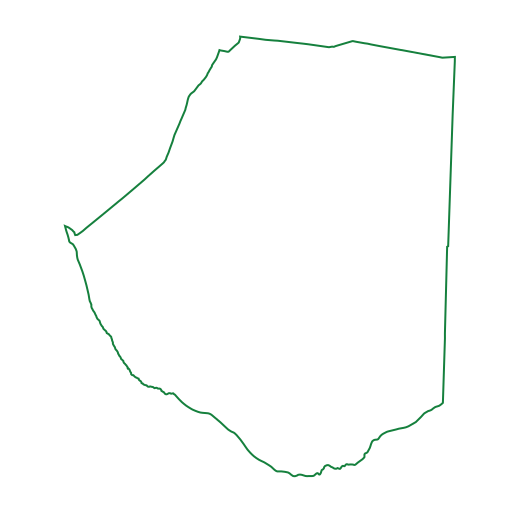 Wajir South, North-Eastern, Kenya (Robinson projection), rotated 2°
{"feature_id": "3690345B47933297170219", "entity_name": "Wajir South", "entity_type": "district", "adm_level": 2, "iso_a3": "KEN", "parent_name": "Kenya", "parent_adm1": "North-Eastern", "projection": "robinson", "projection_center": [40.096, 0.963], "detail": "fine", "context": "isolated", "style": "outline", "palette": "green", "viewbox_px": 512, "rotation_deg": 2, "n_neighbors": 0, "source": "geoboundaries", "source_scale": "gbopen_adm2", "svg_char_len": 6031}
<svg xmlns="http://www.w3.org/2000/svg" viewBox="0 0 512 512"><g transform="rotate(2 256 256)"><path d="M447.9,396.2L447.7,331.8L447.5,326.8L446.7,240.1L447.7,239.5L447.6,108.0L447.9,54.7L447.8,50.1L435.4,51.3L434.6,51.2L432.3,50.8L394.3,45.1L393.9,45.1L372.2,41.9L363.8,40.6L360.1,39.9L357.1,39.6L348.6,38.4L345.7,37.9L344.8,37.9L331.0,42.5L328.1,43.5L326.6,44.2L325.5,44.2L324.8,44.1L322.5,44.6L321.7,44.8L301.1,42.6L296.5,42.2L288.7,41.6L270.3,40.1L266.4,40.0L258.0,39.6L251.3,38.9L232.5,37.3L232.6,37.9L232.6,38.9L232.4,39.9L231.4,43.0L231.1,43.5L227.6,46.6L223.2,51.0L221.8,52.5L221.3,52.8L220.3,52.9L217.2,52.3L213.4,51.8L212.3,51.5L212.0,52.7L210.1,58.7L209.4,60.4L209.0,61.2L208.4,62.1L205.7,66.3L205.4,66.9L205.3,67.5L205.2,68.3L204.5,69.4L203.1,71.9L202.2,73.8L201.8,74.5L201.4,75.0L201.0,76.3L200.7,77.1L199.7,78.9L197.8,81.5L197.0,82.4L196.1,83.3L195.1,85.1L194.4,86.0L193.3,86.9L192.6,87.5L188.5,93.4L188.1,93.8L185.7,95.7L185.0,96.4L184.5,97.1L183.3,99.0L182.9,100.2L182.4,102.1L181.8,105.4L181.4,107.4L180.6,110.4L180.4,111.5L180.2,112.5L176.9,121.0L175.8,123.7L174.8,126.6L170.7,136.9L170.3,137.9L169.6,140.5L168.6,144.5L166.4,151.1L165.0,155.7L163.3,160.0L162.7,162.2L162.5,162.8L162.1,163.5L161.4,164.4L160.7,165.6L159.3,167.0L151.4,174.3L145.4,180.0L142.0,183.4L129.9,194.5L120.1,203.4L117.3,205.8L100.7,220.5L85.5,233.8L82.1,237.0L79.3,239.2L77.8,240.3L77.0,240.9L76.4,241.2L75.0,241.3L74.6,241.4L74.3,240.7L73.9,239.8L73.6,238.6L72.6,237.8L71.4,236.5L68.1,234.3L66.7,233.6L65.3,233.2L64.1,232.7L65.3,236.8L66.0,238.8L67.0,241.4L67.9,244.2L68.6,246.8L68.7,247.5L69.1,248.3L69.5,248.8L70.2,249.3L72.4,250.5L72.9,251.0L73.8,252.3L75.6,255.2L76.3,256.9L76.5,257.4L76.7,258.2L77.0,261.5L77.3,263.2L77.5,264.2L78.0,265.9L80.2,270.6L83.0,277.4L84.6,281.8L86.2,286.8L87.6,291.3L88.8,295.7L90.1,300.6L91.0,305.1L91.5,307.0L92.5,308.8L92.7,309.5L93.1,310.1L93.2,311.7L93.2,312.3L93.5,313.3L93.9,314.2L94.4,314.8L95.1,316.2L96.3,317.7L96.7,318.3L97.6,320.2L98.4,321.5L98.8,322.7L99.7,324.3L100.6,325.1L101.7,326.0L102.0,326.5L102.2,327.1L102.5,328.0L102.7,328.6L102.9,329.1L103.4,329.9L104.4,331.4L105.2,332.1L105.6,332.9L105.9,333.7L106.2,334.2L107.6,335.4L108.6,336.2L109.2,337.1L109.3,337.7L109.6,338.3L110.2,338.5L110.7,338.9L111.4,339.1L111.8,339.5L112.2,340.0L112.6,340.5L113.8,341.5L114.1,341.9L114.4,343.2L114.7,343.8L115.0,344.5L115.1,345.3L116.0,347.4L116.0,348.3L116.2,349.1L117.1,350.6L118.2,352.2L118.6,353.6L119.0,354.2L119.4,354.7L119.9,355.1L120.9,356.4L121.2,357.0L121.5,357.7L121.6,358.4L121.8,358.7L122.2,359.1L122.4,359.6L122.7,360.2L123.1,360.8L123.6,361.1L123.8,361.4L124.5,362.7L124.7,363.4L125.0,363.8L125.6,364.2L126.3,364.8L127.1,365.6L127.2,366.4L127.4,366.7L128.0,367.7L128.4,368.0L129.0,368.5L129.7,369.4L130.2,369.7L130.9,370.8L131.6,371.7L131.6,372.5L132.0,373.1L132.5,372.9L133.4,373.8L133.9,374.9L134.3,375.8L134.7,376.5L135.2,377.1L135.4,378.5L135.7,378.8L136.1,379.1L136.5,379.4L137.6,379.4L138.4,380.2L139.0,380.8L140.3,381.6L141.1,381.8L141.7,382.3L142.3,382.5L142.9,382.6L143.2,383.2L143.4,383.9L144.3,384.7L144.8,384.8L145.1,385.1L145.6,385.7L145.9,386.3L146.1,387.1L147.0,387.3L147.4,387.5L147.7,388.0L148.3,388.4L149.0,388.6L149.7,388.9L150.7,389.0L151.3,389.2L151.8,389.8L152.5,390.3L153.1,390.4L154.0,390.4L154.5,390.1L155.0,390.1L156.4,390.4L157.4,390.5L158.0,390.8L159.1,391.6L160.8,391.2L161.3,391.2L161.8,391.4L162.3,391.8L163.0,391.9L164.4,391.9L165.1,392.2L165.6,392.7L166.0,393.3L166.1,393.9L166.2,394.1L166.5,394.3L167.0,394.4L167.5,394.9L168.2,395.1L168.7,395.4L169.1,395.9L169.4,396.4L169.9,396.9L170.8,397.3L171.6,397.3L172.3,397.0L173.1,396.5L173.6,396.2L174.4,396.1L174.9,396.1L175.4,396.4L175.9,396.5L176.6,396.5L177.5,396.2L178.2,396.2L178.8,396.9L179.6,397.3L180.1,397.7L181.2,398.9L184.1,401.9L187.1,404.7L189.0,406.2L191.3,407.9L193.4,409.2L196.0,410.7L197.9,411.7L200.7,412.8L203.3,413.7L205.2,414.2L206.1,414.4L208.3,414.6L212.6,414.8L213.8,414.9L215.2,415.3L216.3,415.8L217.4,416.5L219.8,418.4L226.3,423.5L227.1,424.2L230.4,427.1L234.1,430.3L235.2,431.0L237.4,432.3L240.0,433.3L241.0,434.0L241.9,434.8L242.9,435.7L244.8,437.8L246.8,440.0L250.4,444.6L251.7,446.4L252.6,447.6L254.2,449.7L255.0,450.6L257.1,452.8L258.9,454.5L260.9,456.2L263.5,458.0L266.2,459.6L268.8,460.8L269.8,461.2L271.6,462.0L276.2,464.6L278.6,466.1L281.8,468.9L283.2,469.9L284.1,470.3L284.7,470.5L289.0,470.4L291.4,470.6L292.5,470.7L295.5,471.2L296.7,471.8L297.5,472.3L298.3,473.0L300.2,474.3L300.8,474.6L301.6,474.7L302.4,474.7L303.1,474.6L304.8,473.9L305.8,473.2L307.6,472.9L309.4,473.1L313.0,474.1L314.1,474.2L315.4,474.2L316.2,474.1L319.7,474.0L320.5,473.8L321.2,473.7L321.8,473.3L323.8,471.4L324.3,471.1L324.9,470.9L325.6,471.1L326.4,472.0L326.9,472.2L327.3,472.1L327.6,471.9L328.0,471.2L328.4,470.4L329.1,467.8L329.5,467.4L330.5,466.8L330.9,466.3L331.3,465.6L331.4,464.9L331.7,464.3L332.0,463.9L332.2,463.6L333.1,463.1L334.2,462.6L334.7,462.5L335.5,462.5L336.2,462.7L337.6,463.5L338.2,464.0L339.2,464.4L339.9,464.6L340.9,465.3L341.6,465.6L342.3,465.8L343.3,465.8L343.9,465.7L344.9,465.1L345.7,465.4L347.0,465.8L347.5,465.7L348.1,465.0L348.9,463.6L349.5,463.0L350.1,462.7L350.9,462.8L351.4,463.0L351.8,462.9L352.2,462.6L352.7,461.8L353.4,461.1L354.2,460.9L355.5,461.3L357.9,461.0L359.3,461.0L360.4,461.1L361.4,461.4L362.1,461.3L362.8,460.9L365.1,458.8L366.9,457.4L369.5,455.4L370.9,453.9L371.3,453.4L371.4,452.6L371.3,450.8L371.5,450.1L372.0,449.5L372.5,449.3L373.3,448.9L373.8,448.6L374.3,448.1L376.4,443.9L377.0,442.0L377.5,440.1L377.9,439.0L378.3,437.9L378.8,437.0L379.5,436.4L380.1,436.0L380.6,435.7L381.4,435.5L383.0,435.3L383.9,435.1L384.5,434.7L385.0,434.0L386.5,431.7L387.8,430.3L389.3,429.2L392.3,427.5L393.3,427.0L394.9,426.5L402.0,424.5L404.8,423.6L409.5,422.6L410.6,422.3L411.7,422.0L413.6,421.2L414.6,420.7L421.5,416.4L426.6,411.0L429.2,407.9L429.8,407.3L433.1,405.2L433.6,404.9L434.7,404.6L436.3,403.9L437.3,403.2L438.0,402.5L439.3,401.5L440.1,400.9L440.9,400.5L443.8,399.5L444.6,399.1L446.5,397.6L447.9,396.2Z" fill="none" stroke="#15803d" stroke-width="2"/></g></svg>